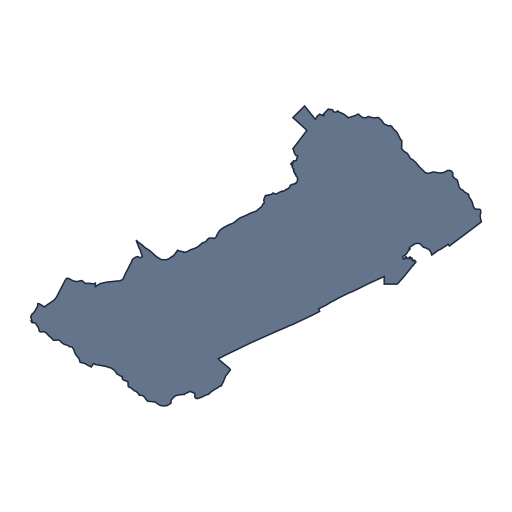 Boroaia, Suceava, Romania
{"feature_id": "2599482B11697107699974", "entity_name": "Boroaia", "entity_type": "district", "adm_level": 2, "iso_a3": "ROU", "parent_name": "Romania", "parent_adm1": "Suceava", "projection": "albers", "projection_center": [26.298, 47.329], "detail": "fine", "context": "isolated", "style": "filled", "palette": "slate", "viewbox_px": 512, "rotation_deg": 0, "n_neighbors": 0, "source": "geoboundaries", "source_scale": "gbopen_adm2", "svg_char_len": 6059}
<svg xmlns="http://www.w3.org/2000/svg" viewBox="0 0 512 512"><path d="M397.9,283.5L404.7,275.7L411.0,267.8L412.0,266.5L412.1,265.8L413.4,265.5L414.1,263.8L414.8,263.5L415.2,262.6L415.7,262.5L415.8,261.5L414.3,260.1L414.1,260.1L413.8,260.9L413.5,261.0L412.4,260.6L412.5,259.3L412.0,258.7L411.8,257.9L411.4,257.9L411.0,258.5L410.5,258.5L410.5,257.6L410.2,257.0L409.6,257.1L409.3,257.3L409.4,258.1L409.1,258.5L408.3,258.2L407.5,258.4L406.2,256.9L405.7,256.8L405.8,257.9L405.5,258.0L405.0,257.9L404.7,258.7L404.1,259.1L403.7,259.1L402.9,257.8L402.9,256.6L406.2,254.3L407.5,252.0L410.1,248.9L409.0,248.1L410.5,246.7L415.4,243.6L417.9,243.4L420.1,243.7L422.3,246.2L423.7,247.4L426.0,247.9L426.7,248.5L429.0,249.4L430.0,251.0L431.1,252.2L431.2,253.4L431.8,255.0L434.9,252.9L438.0,250.4L440.2,249.5L448.3,244.3L449.4,246.0L481.3,222.0L481.1,220.4L480.5,218.5L480.1,215.5L480.8,212.6L480.6,210.2L479.7,209.3L475.6,209.1L474.2,208.0L473.3,206.3L472.6,203.3L471.6,200.8L469.0,196.8L468.6,194.4L464.8,192.2L462.7,190.1L460.6,189.1L459.2,187.2L457.5,180.6L456.9,179.6L454.7,178.5L453.7,177.2L452.7,176.3L453.0,173.9L452.8,173.1L451.6,171.2L449.7,170.4L447.7,170.4L443.5,172.6L439.4,173.0L433.5,171.9L428.3,173.4L425.4,172.7L419.1,166.6L415.9,162.6L412.8,159.8L410.5,158.6L408.7,155.5L407.0,153.1L404.3,151.5L401.5,148.4L401.7,147.2L401.9,140.8L400.3,139.0L397.6,133.4L396.0,131.3L393.6,129.1L391.8,126.5L390.2,125.5L388.7,126.0L384.3,124.1L381.4,120.2L378.7,117.6L376.8,117.5L374.8,118.0L370.4,117.2L368.2,116.4L366.7,117.4L364.8,118.0L361.3,116.9L359.0,114.5L358.4,114.2L357.7,114.2L356.1,115.2L348.4,117.8L347.4,116.7L346.2,116.0L343.7,114.0L338.9,112.0L338.0,111.1L337.5,110.9L336.1,112.2L334.3,112.1L333.8,111.8L333.3,111.2L333.0,110.3L332.2,109.7L330.7,109.4L329.4,109.5L328.3,109.0L323.2,114.4L324.1,115.4L323.9,115.6L321.5,115.1L319.7,114.1L317.1,116.3L315.7,118.9L315.3,119.3L304.6,106.0L292.9,117.6L306.2,129.7L306.8,130.5L292.8,148.9L293.6,149.8L293.8,151.1L294.5,153.4L295.8,155.0L295.8,155.4L297.7,156.1L297.6,156.8L296.9,158.0L296.3,160.4L295.5,160.9L293.6,160.8L293.3,161.8L292.8,162.0L293.0,162.4L293.0,162.8L292.6,163.1L292.3,162.6L292.1,162.6L292.2,163.1L291.7,163.2L291.5,163.5L291.3,163.4L290.8,163.8L290.8,164.0L290.9,164.3L291.4,164.5L291.7,165.0L292.0,164.9L292.4,165.1L292.2,165.4L292.2,165.7L292.4,165.9L292.2,166.3L292.4,166.6L292.2,166.9L292.7,168.0L293.6,168.8L293.8,169.2L293.4,169.8L293.9,170.5L293.6,171.0L293.8,171.5L293.7,171.8L294.4,172.3L294.7,173.4L295.4,173.5L295.5,173.9L295.3,174.6L295.9,174.9L296.0,176.0L296.6,176.4L297.5,177.6L297.4,179.0L297.6,180.4L296.9,181.8L296.7,182.6L296.2,182.7L296.1,183.1L295.3,183.2L295.1,183.8L294.7,183.9L294.0,183.8L293.5,184.2L291.9,184.4L291.2,185.0L290.2,185.3L289.8,186.9L287.9,188.8L287.4,189.2L286.9,189.0L286.2,189.4L284.0,191.0L283.0,191.0L282.3,191.4L281.7,191.1L281.1,191.7L279.4,192.2L277.2,193.6L276.1,193.9L274.8,193.9L274.2,193.4L273.1,193.0L272.8,193.1L271.7,194.2L271.1,194.3L270.1,194.8L268.9,194.7L267.6,195.6L266.9,195.7L266.8,195.3L265.4,195.5L264.2,198.5L263.7,200.3L264.4,202.8L264.0,203.4L263.4,203.5L262.9,204.1L261.5,206.9L260.5,207.5L257.5,209.9L257.2,210.4L256.1,211.1L250.1,213.3L246.6,215.1L240.6,217.6L239.2,218.4L233.3,223.0L231.9,223.7L229.4,224.5L224.2,227.2L221.7,228.8L219.5,230.7L216.7,235.4L216.3,236.7L215.5,237.7L214.4,238.4L212.2,238.0L209.4,238.1L208.8,238.3L207.3,239.5L206.7,240.6L206.1,241.3L204.3,242.3L202.8,242.7L202.2,243.0L197.8,246.9L194.8,248.3L190.6,249.7L186.8,251.8L184.1,252.4L184.1,252.1L183.5,251.9L178.6,250.7L177.6,250.2L175.0,253.9L172.5,256.7L172.1,256.4L168.8,258.8L167.3,259.4L165.6,259.8L163.2,259.6L161.4,259.7L157.2,257.1L155.1,255.5L149.9,250.7L144.7,247.4L142.5,245.2L138.2,242.1L136.1,240.1L139.2,248.3L140.2,249.8L141.0,252.9L141.8,254.8L142.4,256.7L140.2,257.7L139.4,257.5L138.2,256.7L137.5,256.6L135.3,257.3L133.0,258.9L132.3,259.7L131.7,261.0L131.4,262.3L129.7,265.0L129.3,266.2L128.9,266.8L128.7,267.7L127.9,268.8L125.0,274.5L123.5,278.1L122.5,279.6L119.4,281.0L117.8,280.9L106.1,282.2L100.2,283.6L95.4,286.6L95.4,283.1L94.1,283.7L92.3,283.8L89.8,283.3L85.3,283.4L81.9,280.5L76.7,281.6L73.2,280.9L68.6,278.4L67.0,278.2L65.6,279.5L58.2,293.7L56.8,296.6L54.5,299.7L52.1,301.5L45.8,305.8L44.7,307.0L39.1,303.7L37.8,303.6L37.6,306.1L37.0,307.4L33.7,312.8L32.0,314.0L30.7,316.8L32.3,322.0L31.4,321.6L32.1,322.7L34.5,322.8L35.7,323.6L37.9,326.9L38.7,328.4L39.0,329.3L39.0,330.4L39.5,331.5L40.9,331.9L44.7,331.8L46.8,333.6L48.9,335.9L51.3,337.9L53.1,340.0L53.4,340.2L54.5,340.3L58.3,340.0L59.2,340.1L61.6,342.5L62.9,343.5L64.6,344.5L67.9,345.3L69.4,346.8L71.3,346.8L72.7,347.6L73.6,349.5L75.7,354.7L79.1,358.7L80.1,362.3L84.9,363.5L87.6,365.2L91.3,367.0L93.6,363.5L95.4,364.5L106.3,366.5L109.1,367.6L109.9,367.6L111.2,368.1L114.7,370.5L116.9,374.0L117.7,374.3L120.0,375.7L120.7,375.9L121.4,376.5L122.2,376.5L122.3,376.7L122.4,378.6L122.6,379.2L123.1,379.8L128.0,381.8L128.2,386.2L128.4,386.7L129.1,387.1L130.5,387.6L132.8,389.4L134.0,390.6L136.2,391.5L137.6,392.8L139.3,395.1L140.1,395.4L141.4,395.2L143.5,396.1L145.0,397.9L145.7,399.1L147.7,401.3L151.1,401.5L155.1,402.1L155.9,402.5L158.7,404.6L160.9,405.6L162.6,405.9L164.7,406.0L166.3,405.6L167.1,405.6L170.9,403.3L171.1,402.2L171.0,401.4L171.2,400.2L172.7,398.2L175.1,396.1L175.8,395.6L177.9,395.3L179.5,394.7L181.8,394.7L183.4,394.3L184.1,394.6L185.7,393.3L187.1,392.9L190.1,391.3L190.6,391.4L191.1,392.0L192.6,392.2L193.1,392.8L194.5,393.1L195.0,394.5L194.8,395.2L194.8,396.7L195.3,397.9L196.0,398.4L197.7,398.6L202.3,396.9L205.8,395.1L208.5,394.3L211.4,391.6L215.0,389.3L215.7,388.8L216.5,388.5L218.3,387.4L219.6,386.2L221.2,386.0L223.5,381.4L225.8,375.7L227.1,374.3L229.2,371.4L230.4,370.0L230.2,369.4L228.6,367.5L227.9,367.1L218.6,359.3L218.2,358.7L221.5,357.3L223.4,356.1L250.7,342.9L274.6,332.2L287.5,326.7L289.1,325.8L292.5,324.6L312.5,315.1L319.7,311.4L318.7,308.8L326.5,304.9L330.4,302.4L335.2,300.0L339.2,297.7L349.4,292.7L351.8,291.9L357.6,289.1L368.2,283.8L384.2,276.5L384.2,284.1L397.1,284.1L397.9,283.5Z" fill="#64748b" stroke="#1e293b" stroke-width="1.5"/></svg>